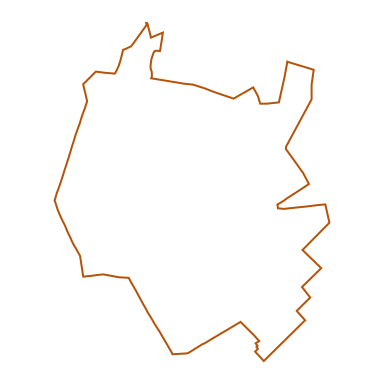 outline of Graniceri, Arad, Romania
{"feature_id": "2599482B49577309297154", "entity_name": "Graniceri", "entity_type": "district", "adm_level": 2, "iso_a3": "ROU", "parent_name": "Romania", "parent_adm1": "Arad", "projection": "albers", "projection_center": [21.31, 46.505], "detail": "fine", "context": "isolated", "style": "outline", "palette": "amber", "viewbox_px": 384, "rotation_deg": 0, "n_neighbors": 0, "source": "geoboundaries", "source_scale": "gbopen_adm2", "svg_char_len": 2652}
<svg xmlns="http://www.w3.org/2000/svg" viewBox="0 0 384 384"><path d="M203.9,343.7L208.1,341.2L212.0,338.8L214.4,337.4L216.8,336.0L222.2,332.8L232.3,326.8L240.5,321.9L254.3,335.6L259.2,341.1L255.6,343.3L257.5,345.9L256.5,346.9L257.9,348.9L255.1,351.6L263.8,361.0L305.1,320.3L296.7,310.9L310.2,297.5L302.0,287.0L321.2,268.2L302.5,250.0L329.4,222.7L325.3,204.4L317.8,205.1L307.4,206.4L293.7,207.8L283.8,208.9L278.0,208.3L277.4,204.6L283.5,200.9L287.6,197.9L300.5,189.6L308.9,184.0L302.9,172.6L301.6,170.9L296.5,163.7L285.8,148.9L286.0,146.8L311.6,99.3L311.6,84.6L313.7,69.8L300.7,65.8L294.0,63.8L288.4,62.1L287.3,61.6L286.8,64.7L284.5,77.2L280.1,96.9L278.9,102.4L266.8,103.7L260.2,103.7L257.9,96.1L256.7,93.8L253.2,87.4L233.6,98.6L219.3,93.8L215.1,92.3L212.5,91.4L204.6,88.3L192.9,84.6L183.4,83.6L177.5,82.6L151.2,78.3L151.5,77.5L151.8,76.8L151.9,74.7L151.7,71.6L150.8,69.3L150.5,66.5L150.8,63.4L151.3,59.7L152.4,56.1L153.6,52.6L154.7,51.2L155.8,50.7L160.0,51.0L160.1,50.7L162.9,32.6L151.0,37.6L147.3,23.2L146.2,23.0L146.3,23.4L146.6,24.9L143.7,29.0L140.8,33.1L138.2,36.6L135.8,40.0L133.6,43.0L131.2,46.3L127.9,47.8L125.1,49.2L123.1,49.8L122.9,50.5L122.1,54.0L121.2,57.5L120.2,61.3L119.0,65.1L117.1,69.4L115.0,73.5L114.4,73.6L112.6,73.4L108.8,73.1L105.2,72.8L101.8,72.4L98.9,72.0L95.9,71.6L92.7,74.7L89.7,77.8L86.8,80.6L86.5,81.0L85.0,82.4L83.8,83.6L83.1,84.2L84.1,88.1L84.8,91.5L85.6,94.2L86.1,96.9L86.8,99.8L87.1,101.4L86.6,102.9L85.6,106.0L84.5,109.3L83.4,112.1L82.6,114.3L82.1,115.6L81.1,118.9L79.9,123.0L78.4,127.0L77.2,130.3L75.4,135.5L74.5,138.6L73.4,142.1L72.3,145.4L71.3,148.7L71.0,149.6L70.5,151.6L69.3,155.3L68.2,159.1L67.0,162.5L66.6,163.8L65.6,167.0L64.5,170.2L63.6,173.2L62.2,177.7L60.9,181.6L59.7,185.2L58.4,188.9L56.8,193.0L55.8,196.5L54.6,200.4L55.3,202.4L56.5,205.9L56.9,207.2L57.7,209.8L59.3,213.7L61.2,218.0L63.1,221.9L65.2,226.0L66.7,229.9L68.4,233.7L69.9,236.5L71.8,241.0L73.9,245.2L74.3,245.8L76.3,249.1L78.2,252.6L80.1,256.0L80.6,259.4L81.2,263.4L81.7,266.6L82.2,269.6L82.5,271.9L83.1,275.9L83.3,276.7L86.4,276.3L89.7,276.0L93.0,275.6L98.2,274.9L103.5,274.4L108.1,275.3L111.3,275.8L115.3,276.6L119.2,277.3L120.9,277.4L124.9,277.6L128.7,277.8L130.2,280.6L131.8,283.6L133.5,286.4L135.0,289.2L135.9,290.6L138.5,295.5L141.1,300.3L141.9,301.8L143.6,304.9L145.5,308.1L147.5,312.0L149.3,315.0L151.2,317.9L153.0,321.1L154.9,324.4L156.9,327.5L158.7,330.4L159.0,330.7L159.8,332.0L161.2,334.5L162.6,336.9L164.3,339.7L166.2,343.0L167.8,345.7L169.6,348.9L172.1,353.2L172.2,354.0L172.4,354.2L173.8,354.2L178.4,353.9L186.7,353.4L188.2,353.0L190.6,351.6L194.4,349.2L202.9,343.9L203.9,343.7Z" fill="none" stroke="#b45309" stroke-width="2"/></svg>